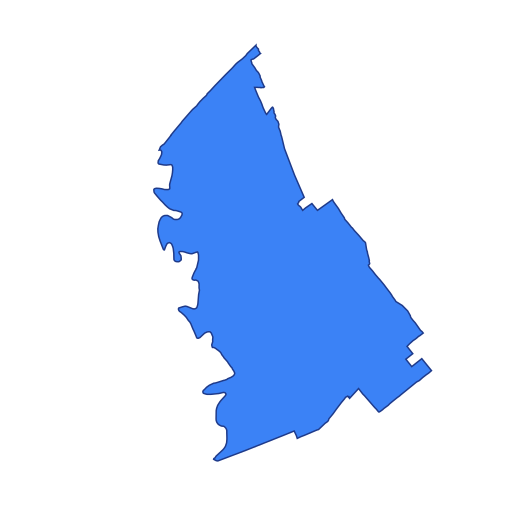 Lunca Banului, Vaslui, Romania (Albers equal-area conic projection), rotated 156°
{"feature_id": "2599482B76490763742626", "entity_name": "Lunca Banului", "entity_type": "district", "adm_level": 2, "iso_a3": "ROU", "parent_name": "Romania", "parent_adm1": "Vaslui", "projection": "albers", "projection_center": [28.188, 46.546], "detail": "fine", "context": "isolated", "style": "filled", "palette": "blue", "viewbox_px": 512, "rotation_deg": 156, "n_neighbors": 0, "source": "geoboundaries", "source_scale": "gbopen_adm2", "svg_char_len": 6084}
<svg xmlns="http://www.w3.org/2000/svg" viewBox="0 0 512 512"><g transform="rotate(156 256 256)"><path d="M301.4,392.1L300.6,391.9L300.1,391.5L299.7,390.9L299.7,389.3L300.0,388.9L300.9,387.3L301.6,386.6L304.4,384.2L306.5,382.8L307.6,380.9L307.6,380.2L307.3,379.5L303.1,376.6L300.9,375.5L296.8,374.2L296.2,373.8L295.8,373.2L295.9,371.7L296.0,371.0L297.1,368.5L298.5,366.0L300.0,363.7L305.2,357.3L306.0,356.1L307.2,352.9L307.7,352.4L309.2,352.4L312.5,353.9L314.6,355.6L316.9,357.1L319.4,358.4L320.8,358.7L321.5,358.7L322.0,358.5L322.4,358.1L323.1,355.9L323.1,354.9L322.1,351.2L320.4,345.7L319.4,343.2L318.2,339.6L317.0,336.8L315.7,334.3L312.5,331.0L311.2,330.4L310.1,329.7L306.7,326.7L306.2,325.7L306.1,325.0L306.4,324.3L307.3,323.3L309.5,321.7L311.2,321.2L312.4,321.2L313.1,321.4L315.2,322.3L316.4,323.2L317.4,325.3L320.2,328.9L321.6,329.6L323.3,330.2L325.0,330.2L326.8,329.7L328.7,328.3L330.6,326.6L332.8,323.6L334.6,320.8L335.9,317.6L337.0,313.3L337.5,308.9L337.9,300.7L337.9,299.6L337.5,298.9L337.2,298.8L334.4,301.7L332.4,303.3L331.6,303.6L330.7,303.6L329.5,303.4L328.6,302.2L328.3,301.5L328.2,300.7L328.3,298.2L328.6,296.4L330.1,291.6L331.1,289.3L332.4,286.1L332.4,285.2L332.2,284.6L331.7,283.8L330.5,282.9L328.9,282.2L328.0,282.2L325.9,282.9L325.3,284.2L324.5,286.8L325.0,289.8L324.9,290.7L324.8,290.9L324.1,291.1L323.3,290.9L321.0,289.8L319.6,288.7L317.8,287.0L315.1,284.9L313.6,284.1L309.2,283.8L307.8,283.5L307.7,283.3L307.7,282.7L307.9,281.1L308.3,279.8L310.2,275.6L315.0,269.3L316.0,268.7L316.3,268.2L317.6,267.3L319.7,265.6L322.9,262.5L323.5,261.7L323.7,260.9L323.5,260.2L322.3,259.0L320.9,258.6L320.3,258.0L319.3,256.9L319.1,256.0L319.3,253.7L321.0,250.0L321.6,247.7L324.1,244.1L328.4,236.2L329.2,235.0L330.7,233.3L331.5,232.7L332.5,232.6L333.4,232.6L334.4,233.0L335.4,233.7L339.6,238.0L340.9,238.9L341.6,239.1L343.9,239.5L347.7,239.9L348.1,239.6L348.4,239.1L348.6,238.5L348.6,237.6L348.4,236.6L347.4,235.0L345.6,231.1L344.6,228.2L344.0,224.6L343.3,222.6L343.1,220.6L343.3,214.7L343.2,213.2L343.3,207.4L343.4,205.8L343.3,205.1L342.6,204.5L342.0,204.3L340.4,204.3L334.4,206.4L331.6,206.5L329.9,206.0L328.8,205.4L328.2,203.8L328.3,200.0L328.5,199.2L329.6,197.3L330.4,195.3L332.4,193.1L332.7,192.4L332.9,191.5L333.0,190.2L331.8,189.6L330.9,188.6L330.2,187.5L329.7,186.5L328.9,185.2L327.9,183.2L327.7,182.5L327.4,181.3L327.4,179.8L326.7,176.9L326.7,176.2L325.0,170.9L324.9,169.7L324.0,165.1L323.6,164.1L323.4,163.4L323.5,162.5L323.0,159.6L323.1,157.6L323.6,156.9L324.5,156.2L325.6,155.7L328.1,155.3L331.7,155.4L332.9,155.1L335.5,155.3L336.1,155.5L338.0,155.7L342.5,156.2L344.8,156.5L346.4,157.0L351.2,156.9L354.5,156.2L357.4,155.0L358.8,154.6L359.6,153.9L360.0,152.6L359.8,151.9L357.9,150.2L356.9,149.5L353.5,148.0L345.9,145.5L341.6,144.7L340.7,144.4L339.8,143.5L339.6,142.6L339.6,142.0L340.3,141.2L341.4,140.6L346.7,138.3L348.4,137.4L351.7,135.2L353.9,132.9L355.2,131.0L358.5,123.9L359.2,122.2L359.4,120.7L359.4,119.8L359.1,118.1L358.4,116.7L357.2,115.2L356.4,114.5L355.1,113.8L354.5,113.3L353.9,112.0L353.6,111.0L353.5,109.6L353.7,108.3L354.4,106.8L356.3,102.2L357.1,100.4L358.9,97.2L361.4,94.5L363.8,93.0L365.4,92.3L373.9,89.4L375.5,88.3L376.9,88.1L377.4,87.5L375.6,85.2L374.2,84.3L343.7,82.6L304.0,81.0L292.3,80.6L292.2,75.4L292.5,72.6L288.2,72.7L284.7,72.5L272.3,72.3L270.4,72.2L269.5,72.0L260.8,75.1L258.6,75.5L257.2,76.0L256.5,76.6L255.5,77.7L249.8,80.5L244.7,83.5L237.6,87.4L233.1,89.6L231.7,90.5L229.3,90.7L228.9,89.4L228.3,89.7L228.1,89.0L228.5,88.8L228.4,87.9L216.2,93.2L214.6,86.5L213.7,84.2L209.5,70.3L208.9,68.5L208.5,67.6L207.5,64.0L207.2,63.5L206.7,63.4L205.3,63.6L202.9,64.1L201.2,64.7L196.1,65.8L193.8,66.7L190.6,67.6L185.0,69.1L181.6,69.8L181.2,70.0L179.4,70.5L160.6,75.6L157.4,75.8L153.1,77.2L148.6,78.3L145.9,78.8L142.3,79.9L146.3,94.8L158.7,91.6L161.1,100.8L152.5,103.0L154.8,112.0L151.3,113.4L147.0,114.8L144.1,115.3L141.5,116.0L140.2,116.5L139.1,116.5L134.6,117.6L135.1,119.5L135.9,121.0L136.1,121.8L137.7,130.1L138.7,133.2L139.5,136.5L139.6,137.2L139.3,138.8L139.8,144.1L142.5,151.3L146.8,157.6L146.8,158.7L147.9,163.7L147.9,164.7L148.4,167.6L150.0,174.3L150.6,177.1L152.6,184.4L153.2,186.0L154.5,190.4L155.6,195.0L156.9,199.1L157.1,200.2L157.1,201.4L157.0,202.0L156.0,202.3L155.3,202.7L155.2,203.0L154.8,205.0L154.3,205.7L153.7,208.7L153.0,213.2L152.6,214.5L152.4,216.7L150.6,223.5L150.7,224.1L151.0,225.0L151.8,226.4L153.7,233.0L155.8,239.2L156.6,242.5L157.1,243.3L158.6,249.2L159.9,253.1L160.0,253.6L159.8,254.7L159.9,255.7L160.8,260.5L161.4,265.9L163.0,273.5L163.2,275.3L163.2,276.4L181.3,272.7L183.6,281.2L191.1,279.8L194.8,278.7L195.3,282.4L195.7,283.5L196.1,284.1L196.7,285.7L196.8,286.7L195.3,287.5L194.7,288.4L188.1,290.0L187.9,314.2L186.3,342.5L184.4,352.7L184.0,355.1L184.0,356.0L183.3,359.3L183.1,360.5L183.1,361.9L183.0,364.5L182.7,365.0L182.3,365.9L181.7,366.6L181.4,367.7L181.4,368.5L181.2,370.0L182.0,372.4L182.0,372.9L182.2,373.3L182.0,374.8L181.1,375.9L181.1,376.9L181.0,377.7L181.2,378.4L181.3,379.2L181.1,380.2L180.7,380.7L180.6,381.2L180.6,381.7L180.1,383.5L180.2,384.3L180.1,384.7L180.3,385.2L180.5,385.3L182.0,384.7L188.7,381.0L188.9,381.5L189.1,383.2L189.2,388.5L189.1,390.1L188.9,392.1L188.8,396.0L189.1,400.2L188.9,407.4L188.7,410.6L188.3,410.4L186.5,409.7L185.1,408.9L184.2,408.5L183.4,408.1L183.2,407.8L182.4,407.5L181.6,407.3L180.4,406.8L179.4,407.2L179.6,408.2L179.7,412.8L179.5,414.1L179.5,417.6L179.0,418.9L179.1,421.5L179.3,422.9L180.1,425.1L180.3,426.2L180.5,428.3L181.5,432.9L181.6,433.5L181.3,434.1L181.1,436.3L180.7,437.2L179.2,437.3L178.1,437.0L173.1,438.2L169.5,439.2L169.9,439.8L169.8,441.0L170.1,442.6L170.1,443.1L169.6,443.9L169.8,444.7L170.2,445.4L170.3,446.1L170.5,446.7L170.5,448.2L170.3,448.6L181.7,444.5L183.8,443.2L188.5,441.6L194.1,440.3L196.5,439.5L201.6,437.2L209.8,434.1L224.0,428.4L230.7,425.5L234.3,424.2L234.7,424.0L235.2,423.4L236.2,422.8L239.9,421.6L244.5,419.8L247.8,418.1L249.0,417.3L254.2,415.7L255.6,415.1L268.6,409.1L270.2,408.1L279.3,403.7L284.6,401.0L284.5,400.8L293.3,396.2L294.9,395.5L296.2,395.4L298.8,394.6L301.4,392.1Z" fill="#3b82f6" stroke="#1e3a8a" stroke-width="1.5"/></g></svg>